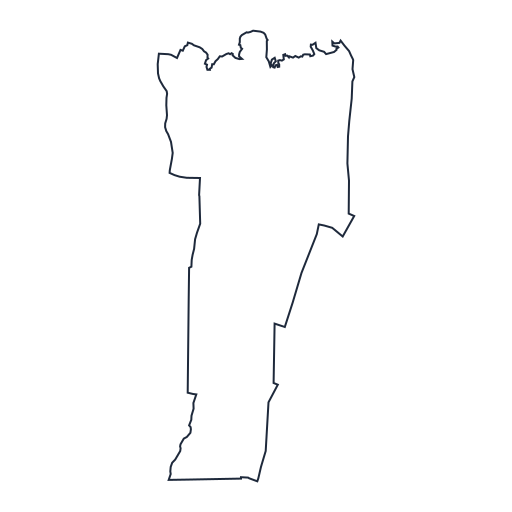 outline of Sagaga le Usoga, Tuamasaga, Samoa
{"feature_id": "51752279B36122243432927", "entity_name": "Sagaga le Usoga", "entity_type": "district", "adm_level": 2, "iso_a3": "WSM", "parent_name": "Samoa", "parent_adm1": "Tuamasaga", "projection": "robinson", "projection_center": [-171.854, -13.828], "detail": "fine", "context": "isolated", "style": "outline", "palette": "slate", "viewbox_px": 512, "rotation_deg": 0, "n_neighbors": 0, "source": "geoboundaries", "source_scale": "gbopen_adm2", "svg_char_len": 2592}
<svg xmlns="http://www.w3.org/2000/svg" viewBox="0 0 512 512"><path d="M168.7,479.9L187.5,479.6L241.0,478.6L241.0,477.2L248.1,477.6L249.2,478.3L257.3,481.3L258.3,478.4L261.0,466.8L265.7,451.0L268.5,402.3L277.8,384.7L273.6,383.0L274.6,323.6L284.8,327.0L292.7,302.5L301.5,272.9L316.8,234.1L318.8,224.4L324.2,225.5L332.2,227.8L342.7,236.5L354.2,216.0L348.7,213.6L349.0,180.7L347.4,163.5L348.0,136.4L349.3,120.7L351.7,98.8L352.4,81.4L354.3,77.1L352.5,69.2L353.2,60.1L352.8,59.0L351.0,55.4L349.1,51.1L344.5,45.7L340.6,40.6L339.4,42.9L334.3,43.4L332.3,41.6L332.5,45.6L335.6,46.6L337.6,46.5L338.4,47.5L336.5,48.7L336.5,49.9L334.0,52.0L326.1,54.1L324.1,51.8L319.2,50.3L316.3,48.1L315.5,42.8L312.5,44.8L310.9,44.6L310.7,46.7L312.9,50.6L314.3,54.1L313.0,55.6L310.3,56.2L309.9,54.5L304.8,54.3L303.2,54.7L302.3,56.6L300.9,56.3L298.7,57.6L295.3,56.0L293.0,57.6L289.3,56.3L288.9,57.4L287.2,55.6L285.5,55.8L285.1,54.2L283.3,54.9L283.8,59.4L281.9,60.6L279.9,60.1L278.2,60.6L278.3,62.8L279.2,64.5L279.2,66.7L277.7,67.0L277.0,64.9L275.5,65.3L274.6,67.6L273.2,67.2L272.9,65.2L274.1,63.0L275.8,61.3L274.7,57.8L271.9,59.6L270.7,63.3L271.4,65.8L270.4,66.9L268.8,61.4L266.3,57.2L266.9,49.5L266.8,41.0L267.6,40.0L266.7,38.8L265.2,34.5L263.6,32.8L260.5,31.6L253.1,30.7L250.5,31.9L247.9,32.6L246.6,32.3L241.8,35.1L240.4,36.7L239.8,38.6L239.8,42.2L239.0,44.7L240.3,45.1L240.8,47.7L242.1,48.8L239.8,51.9L239.1,54.4L239.1,56.4L242.0,58.9L239.4,59.1L235.4,57.9L232.6,55.3L232.8,54.0L231.6,53.2L230.1,54.2L228.6,53.3L226.4,54.0L222.1,56.5L219.8,56.3L217.8,59.1L215.5,61.2L213.8,64.3L212.2,64.2L211.6,67.6L209.7,68.8L209.9,69.8L207.4,69.8L206.5,66.9L207.0,64.7L204.9,63.7L206.1,60.1L208.2,58.5L207.5,57.6L207.6,54.7L206.1,52.6L204.0,51.3L202.3,49.0L199.7,47.3L193.9,45.3L191.9,43.8L187.9,42.6L187.3,45.2L184.8,46.3L182.8,50.7L180.5,49.9L177.0,58.0L171.1,54.8L168.3,54.2L158.9,53.7L157.7,64.1L158.0,73.4L159.1,78.3L160.3,81.1L163.3,86.3L166.7,91.2L167.1,93.8L166.5,97.8L166.3,105.3L167.0,115.2L166.6,118.8L165.2,123.4L165.1,127.2L166.3,131.1L168.1,134.2L171.0,141.9L172.7,152.9L171.9,158.9L169.8,170.2L169.6,172.9L174.5,175.1L179.6,176.7L186.8,177.8L200.0,178.0L199.1,195.1L199.4,196.3L200.2,223.7L197.0,232.7L195.1,239.2L194.1,248.9L192.6,254.8L191.7,259.9L191.4,266.7L189.1,267.8L188.7,298.4L187.7,392.7L193.1,394.0L196.3,394.4L193.4,403.0L193.6,408.7L191.5,415.7L191.3,419.8L189.1,425.4L190.6,427.1L190.9,429.3L190.4,432.8L186.8,437.0L183.8,438.6L180.5,444.3L180.1,446.4L180.6,448.3L180.2,451.1L175.2,459.6L172.2,462.7L170.7,466.9L170.3,471.4L170.7,474.0L168.7,479.9Z" fill="none" stroke="#1e293b" stroke-width="2"/></svg>